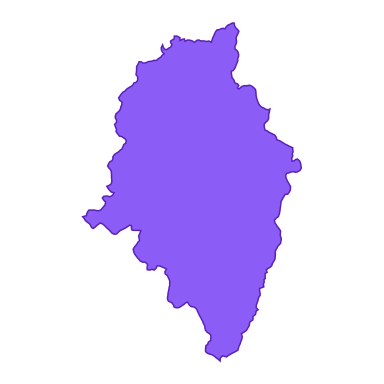 Mutum, Minas Gerais, Brazil
{"feature_id": "56859067B47426094503718", "entity_name": "Mutum", "entity_type": "district", "adm_level": 2, "iso_a3": "BRA", "parent_name": "Brazil", "parent_adm1": "Minas Gerais", "projection": "orthographic", "projection_center": [-41.459, -19.934], "detail": "fine", "context": "isolated", "style": "filled", "palette": "violet", "viewbox_px": 384, "rotation_deg": 0, "n_neighbors": 0, "source": "geoboundaries", "source_scale": "gbopen_adm2", "svg_char_len": 5363}
<svg xmlns="http://www.w3.org/2000/svg" viewBox="0 0 384 384"><path d="M234.2,23.1L232.3,23.0L230.4,24.1L227.8,25.2L226.1,26.9L224.9,28.9L223.2,28.3L221.4,28.6L219.2,29.6L217.0,29.9L215.6,31.7L214.6,33.8L213.8,35.7L212.6,38.1L212.0,40.2L211.3,42.2L208.9,41.0L206.6,41.5L204.6,41.0L202.6,40.9L200.7,40.9L198.9,40.0L196.8,40.3L194.4,42.3L191.9,40.7L189.3,40.1L187.6,40.0L185.1,41.3L184.3,38.9L182.4,39.3L180.0,40.5L179.9,37.6L177.0,36.1L174.3,36.1L174.1,38.9L172.2,40.0L170.5,41.1L170.8,42.9L171.9,44.4L170.7,47.2L168.5,48.2L167.2,49.4L164.8,49.5L163.3,47.3L162.6,44.9L161.2,47.7L161.4,50.0L162.5,52.2L164.1,53.9L162.1,55.3L161.0,56.9L159.3,58.1L157.7,59.1L156.5,60.5L154.4,60.3L151.5,61.2L148.8,61.5L146.6,62.4L144.7,63.0L142.8,63.0L141.4,61.9L139.1,61.7L138.1,64.2L136.6,66.4L136.6,70.0L136.3,72.6L136.0,74.7L137.6,76.7L137.7,79.4L137.2,81.2L135.9,82.4L133.9,83.0L132.7,85.3L130.9,86.5L128.9,87.6L126.8,89.0L124.7,91.3L122.9,92.2L121.3,94.0L120.1,95.7L118.6,97.8L119.6,100.3L121.9,102.0L121.9,104.5L120.9,106.6L120.5,108.6L119.6,110.5L117.6,112.4L115.9,114.0L115.3,116.2L115.3,118.0L116.5,120.0L116.5,122.4L114.6,124.4L115.4,126.8L116.5,129.4L116.0,131.6L117.8,134.1L119.5,136.2L121.6,136.5L123.4,137.7L125.4,139.1L126.3,140.8L125.7,143.1L123.8,144.5L122.9,146.9L121.8,149.2L120.0,150.4L118.4,152.0L116.0,153.4L114.3,154.7L112.9,156.7L112.9,158.9L111.9,160.8L110.0,161.6L108.8,163.3L107.6,166.0L108.9,168.1L110.2,169.3L111.3,171.3L111.5,174.2L111.5,177.6L111.8,179.8L111.8,181.6L111.3,183.8L109.3,185.3L106.8,186.3L108.0,188.3L109.6,190.3L111.3,192.1L114.0,192.7L113.1,194.6L111.6,195.9L109.6,196.8L107.5,196.0L105.4,196.1L103.5,196.4L102.3,198.0L103.9,200.4L105.6,202.0L105.1,204.9L102.9,207.4L101.0,209.8L98.6,210.8L96.0,210.5L93.9,210.0L91.3,210.1L88.9,210.1L87.7,211.6L86.7,213.8L86.4,215.7L84.5,216.2L82.7,216.7L84.1,218.4L85.4,220.6L87.1,222.0L89.3,223.6L90.6,225.4L91.5,227.4L93.2,228.5L95.3,227.0L97.6,224.8L100.3,223.0L102.8,224.1L104.6,225.6L106.2,227.3L107.6,228.6L109.2,230.0L110.5,231.5L112.3,233.4L114.7,234.3L116.8,233.8L118.5,232.0L120.5,230.4L122.9,229.3L124.9,228.3L126.6,227.3L128.1,226.3L129.9,225.1L131.7,226.1L131.3,228.2L132.0,230.1L134.1,230.4L136.8,230.4L139.1,230.4L140.9,230.7L139.7,233.6L138.6,235.9L139.1,238.2L139.5,240.7L138.0,242.1L136.7,244.3L135.4,245.9L134.2,247.4L133.2,249.2L133.7,251.7L134.5,253.8L136.2,256.1L137.6,258.0L138.9,259.3L140.2,261.0L142.6,262.2L145.0,262.1L147.0,263.7L147.6,265.3L147.1,267.0L147.2,269.7L149.7,270.1L152.0,269.3L154.1,270.1L156.0,268.4L157.2,265.9L159.7,265.9L162.3,267.1L164.7,268.1L166.5,269.2L164.9,271.7L165.2,273.9L167.2,275.4L168.4,277.8L169.7,280.8L169.7,283.1L169.7,285.3L169.2,287.1L168.9,289.3L168.4,291.5L168.0,293.7L167.9,295.5L167.4,297.7L167.6,299.5L168.4,301.1L170.3,302.0L172.2,303.1L173.3,304.8L174.1,307.0L176.2,307.8L178.7,307.6L180.6,306.7L182.3,305.4L183.8,304.6L185.5,302.9L187.4,302.1L188.5,303.6L189.4,305.2L191.2,306.6L193.7,306.9L195.5,308.0L196.9,309.5L197.6,311.6L198.6,313.5L199.5,315.7L200.5,317.1L201.3,318.8L202.6,321.3L203.5,323.6L204.5,325.3L204.9,327.3L205.3,329.9L207.1,332.2L209.4,333.7L210.7,335.0L210.9,337.2L210.7,340.4L208.4,342.2L207.5,344.5L205.9,345.6L205.7,347.5L205.5,349.5L205.6,351.7L207.0,352.9L208.7,353.8L210.7,354.4L212.8,355.1L214.7,356.4L215.9,357.6L217.9,359.0L220.1,361.0L220.4,358.0L222.5,355.8L226.5,356.9L228.6,355.3L232.8,352.9L234.7,352.0L237.9,350.2L239.1,345.8L240.1,344.0L240.6,342.1L241.6,339.7L242.3,337.0L241.4,333.7L243.6,332.4L246.2,330.6L247.3,328.9L249.2,325.7L249.8,322.1L252.9,319.8L253.0,316.4L255.4,314.6L256.3,310.9L258.1,309.8L256.1,307.5L256.4,304.9L257.3,302.4L258.1,300.0L258.7,297.4L260.1,295.4L260.1,293.4L259.6,290.5L259.6,288.5L263.8,286.9L263.4,284.1L264.2,282.2L264.0,279.6L265.3,278.5L265.1,276.0L265.3,273.3L267.1,272.4L266.3,269.8L268.7,268.0L270.4,267.1L271.7,265.7L272.5,263.3L274.1,260.7L275.0,259.0L275.4,254.0L275.2,252.1L275.6,250.4L276.6,248.8L277.9,246.2L280.5,243.4L281.0,240.8L281.3,238.6L280.3,235.6L280.3,233.4L280.6,231.4L279.9,229.8L277.3,226.4L275.1,223.1L274.3,220.3L276.4,218.0L278.4,216.6L279.6,212.9L281.2,201.2L285.1,194.4L287.7,194.2L289.2,192.2L290.3,190.2L290.6,186.7L289.4,184.4L288.1,182.3L287.0,180.1L286.1,178.1L285.7,175.2L286.7,173.3L289.0,172.9L291.1,171.9L293.6,171.7L295.5,172.3L297.6,171.8L299.9,170.5L301.3,168.1L301.0,166.2L300.6,163.3L299.6,160.9L297.4,159.0L295.6,159.6L294.1,160.8L292.0,161.1L291.7,158.2L292.7,156.2L292.4,153.6L293.1,151.7L292.7,149.5L292.7,147.7L291.0,147.0L288.9,146.0L287.0,145.0L284.9,144.0L282.8,142.6L280.5,141.2L278.8,140.4L276.8,139.7L276.2,137.1L274.7,135.0L271.9,133.6L269.4,132.5L267.5,131.0L265.1,130.2L264.2,126.9L264.2,124.2L265.9,122.1L267.5,120.8L268.7,118.4L268.6,115.1L269.3,112.2L269.9,109.0L268.3,109.8L266.1,109.4L263.9,108.1L261.4,107.0L259.7,105.3L258.7,103.8L257.7,101.5L256.7,98.5L256.1,95.6L255.9,92.1L255.5,89.5L254.3,88.2L252.1,86.3L249.6,85.2L247.2,85.7L244.3,85.7L242.1,86.3L240.5,87.5L239.0,89.0L237.4,87.9L238.8,85.5L237.6,83.9L235.0,83.0L234.2,80.9L233.4,79.2L232.1,77.8L231.7,75.4L231.4,73.4L231.4,71.1L233.1,70.6L234.9,68.2L236.0,65.3L237.0,62.9L237.9,60.5L237.7,58.4L238.6,56.3L238.6,54.1L237.8,51.7L236.7,50.2L235.1,49.2L234.9,46.5L236.1,43.9L236.6,41.3L236.1,38.9L236.3,37.0L237.3,35.0L238.2,33.0L238.9,31.2L237.7,29.7L235.9,28.0L234.5,25.8L234.2,23.1Z" fill="#8b5cf6" stroke="#5b21b6" stroke-width="1.5"/></svg>